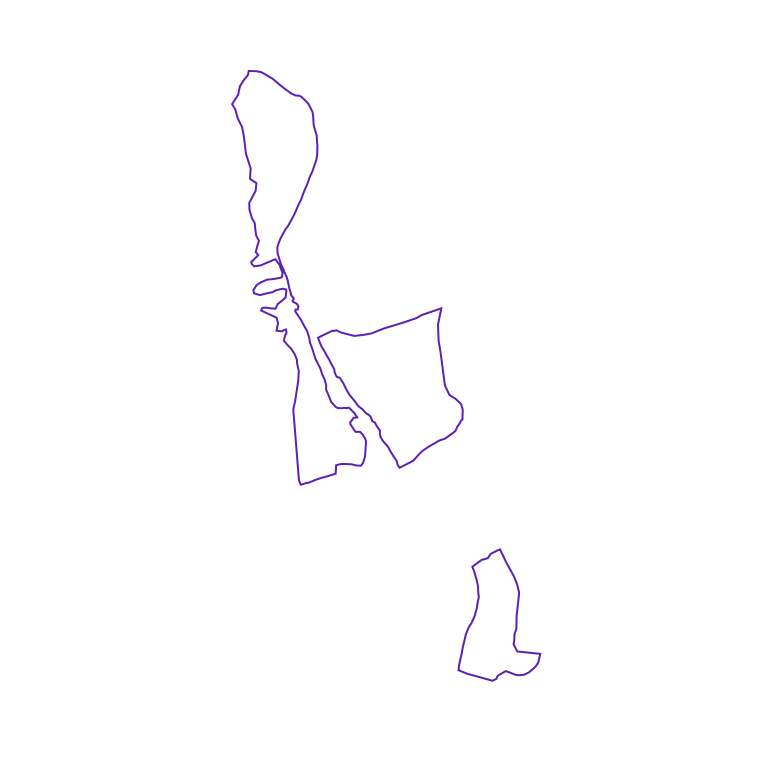 the district of Luxor, Qina, Egypt, rotated 118°
{"feature_id": "37247803B46466496002040", "entity_name": "Luxor", "entity_type": "district", "adm_level": 2, "iso_a3": "EGY", "parent_name": "Egypt", "parent_adm1": "Qina", "projection": "robinson", "projection_center": [32.598, 25.683], "detail": "fine", "context": "isolated", "style": "outline", "palette": "violet", "viewbox_px": 768, "rotation_deg": 118, "n_neighbors": 0, "source": "geoboundaries", "source_scale": "gbopen_adm2", "svg_char_len": 4584}
<svg xmlns="http://www.w3.org/2000/svg" viewBox="0 0 768 768"><g transform="rotate(118 384 384)"><path d="M208.2,649.5L208.3,649.3L211.2,644.4L218.0,638.0L223.8,629.9L231.0,624.1L245.5,614.0L256.3,602.9L265.8,598.6L266.6,590.9L273.9,588.0L280.2,588.0L287.4,588.0L293.3,584.6L299.6,578.4L302.7,573.6L307.2,570.7L313.1,566.4L316.3,561.6L322.7,560.4L327.7,559.2L328.8,556.5L329.2,555.5L336.6,557.8L338.7,558.5L340.3,556.6L341.0,553.8L337.3,548.7L324.8,538.5L327.3,533.3L327.9,532.1L328.6,531.3L333.8,525.5L334.9,525.2L335.4,525.0L337.7,524.3L339.4,526.0L344.0,532.0L346.8,536.3L352.1,540.5L356.5,542.9L360.2,543.2L362.4,543.4L364.9,541.4L363.7,535.2L358.3,529.3L355.5,525.8L352.0,523.4L347.5,518.3L346.5,514.7L348.1,513.7L352.2,512.2L353.9,511.5L361.7,514.6L363.4,515.4L368.5,515.1L369.5,517.7L370.4,519.5L371.5,523.0L373.4,526.5L374.3,527.3L376.8,527.1L376.5,520.9L375.9,510.1L379.9,506.2L387.4,503.9L385.4,498.7L383.7,497.9L381.9,496.2L383.5,494.9L384.3,494.2L387.7,494.0L392.7,492.8L395.0,487.2L396.4,482.6L399.5,477.0L402.7,473.2L403.5,472.3L406.8,470.3L412.4,465.4L421.5,461.2L440.6,454.5L449.0,452.2L469.0,439.4L508.8,414.0L512.0,410.2L510.6,408.6L507.3,405.7L507.3,404.9L504.0,402.1L501.3,399.9L497.4,396.3L496.6,395.5L493.9,392.7L492.6,391.2L491.9,390.5L485.9,384.6L478.2,388.1L474.9,384.5L473.0,381.0L470.1,374.9L469.0,370.4L467.1,366.1L463.6,365.4L456.9,366.7L454.5,367.8L442.9,373.0L441.3,374.9L438.7,378.9L438.5,379.7L437.5,382.4L437.8,383.4L438.7,384.9L439.6,386.7L437.9,390.0L436.2,393.1L435.2,394.9L434.0,395.8L432.3,395.5L428.2,395.0L426.0,391.9L425.9,391.9L425.4,393.2L423.5,396.7L423.5,396.9L423.4,397.1L422.5,400.2L421.7,402.1L421.5,404.1L422.8,405.7L424.0,408.4L425.3,410.0L426.9,413.5L426.9,415.8L425.8,419.1L424.7,422.1L422.0,425.3L418.8,429.1L416.2,432.5L412.8,434.1L410.8,435.8L407.9,438.6L404.3,443.3L400.1,447.6L397.0,452.1L394.0,456.3L386.5,463.9L382.4,468.6L377.9,472.1L373.1,477.1L370.2,481.8L367.4,485.9L366.3,487.5L362.7,494.2L361.5,496.5L359.8,497.0L358.7,495.2L355.8,495.9L354.3,497.9L354.1,500.4L354.1,503.0L353.2,504.0L351.2,503.6L350.0,505.4L349.4,507.5L346.5,509.9L344.3,512.2L340.4,515.5L337.4,518.0L334.8,520.7L333.5,522.5L332.9,523.2L332.2,524.2L330.4,526.2L328.4,528.8L327.0,530.9L325.6,532.2L324.8,533.0L323.9,533.9L323.1,534.7L322.1,535.7L320.6,537.3L318.7,539.2L313.6,542.3L308.9,543.2L303.9,543.7L298.5,543.7L298.4,543.7L293.6,543.6L289.2,542.9L282.5,542.8L276.8,542.8L276.7,542.8L264.9,543.7L260.4,543.7L254.5,544.6L250.3,545.1L243.1,545.6L238.9,546.3L234.5,546.9L229.9,547.0L224.1,548.0L218.6,548.8L215.7,549.7L213.3,550.5L205.3,554.4L200.5,557.5L196.0,560.2L192.3,564.0L188.5,567.5L188.1,567.8L180.2,572.7L177.4,574.9L177.2,575.1L173.6,580.1L171.7,583.1L169.2,591.7L169.3,594.4L170.8,597.5L171.0,603.0L170.2,608.3L169.0,615.6L167.4,622.7L166.7,625.9L166.7,629.1L166.3,635.4L166.3,639.0L167.9,643.9L170.5,649.1L171.1,650.4L175.0,649.2L181.9,650.5L188.7,651.0L197.0,648.6L203.8,649.1L205.7,649.3L208.2,649.5ZM374.1,464.0L375.7,462.2L379.9,457.3L383.1,452.0L386.3,447.0L388.4,443.6L390.4,440.9L392.6,437.4L394.6,434.6L396.7,433.2L398.4,431.2L399.8,429.1L399.3,425.9L402.4,420.3L406.2,415.2L409.4,410.1L411.4,405.5L411.8,404.6L412.9,401.7L415.5,396.5L416.5,390.9L418.2,386.6L418.4,383.4L418.7,381.9L419.5,380.0L422.3,376.9L422.3,373.9L424.5,370.8L427.2,365.5L429.7,364.4L432.7,361.8L434.9,358.0L436.6,353.4L437.2,351.8L437.5,351.0L440.6,346.4L443.0,342.3L446.0,336.8L449.2,333.7L450.6,330.9L439.9,323.4L437.5,322.0L428.9,319.9L424.6,318.4L418.5,315.2L408.0,308.7L403.5,304.4L392.2,298.9L387.1,299.2L382.8,298.6L380.3,298.8L378.6,298.0L369.6,302.5L365.6,306.4L363.5,313.7L363.3,316.8L363.0,321.0L356.7,329.5L345.8,337.3L342.8,339.4L329.0,349.3L320.0,356.2L306.0,364.3L290.3,368.9L305.2,382.9L310.5,386.2L321.2,396.3L335.6,410.7L345.4,419.0L350.8,425.9L355.5,432.8L358.7,446.1L358.9,448.8L359.0,451.5L360.8,453.2L360.9,454.0L361.5,454.8L374.1,464.0ZM503.9,220.2L506.6,217.0L507.2,216.3L509.2,214.4L509.9,213.7L513.4,210.3L518.9,205.7L523.9,202.9L527.7,200.2L533.1,198.7L538.3,196.8L546.6,195.0L554.0,194.5L558.7,195.0L563.9,194.5L567.5,194.0L571.3,192.9L578.5,191.1L586.2,188.7L597.7,185.5L600.8,184.1L601.7,183.9L600.8,174.6L598.7,165.4L595.1,148.9L591.6,146.4L588.2,146.6L580.3,141.7L578.9,131.0L577.9,128.3L575.1,124.0L570.7,120.7L562.9,117.6L557.8,117.0L548.9,119.3L557.6,140.8L552.9,147.4L549.6,148.5L543.0,151.6L538.7,151.9L526.3,158.1L515.5,162.4L504.8,166.7L498.3,172.5L492.7,179.2L484.1,192.4L475.6,203.9L476.9,205.1L480.4,207.6L484.0,210.1L489.1,210.6L493.6,215.3L503.9,220.2Z" fill="none" stroke="#5b21b6" stroke-width="2"/></g></svg>